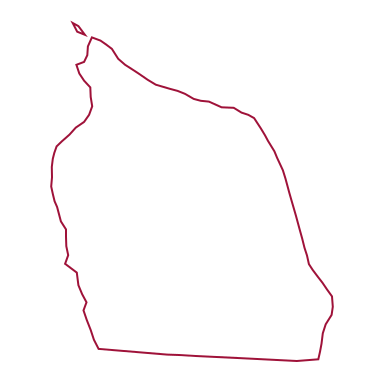 the district of Abaiara, Ceará, Brazil
{"feature_id": "56859067B4829762701290", "entity_name": "Abaiara", "entity_type": "district", "adm_level": 2, "iso_a3": "BRA", "parent_name": "Brazil", "parent_adm1": "Ceará", "projection": "albers", "projection_center": [-39.042, -7.344], "detail": "fine", "context": "isolated", "style": "outline", "palette": "rose", "viewbox_px": 384, "rotation_deg": 0, "n_neighbors": 0, "source": "geoboundaries", "source_scale": "gbopen_adm2", "svg_char_len": 1245}
<svg xmlns="http://www.w3.org/2000/svg" viewBox="0 0 384 384"><path d="M318.3,359.3L320.0,351.8L321.5,343.8L322.8,333.3L325.7,324.3L331.6,314.9L332.8,306.8L332.0,296.4L326.9,289.3L322.5,282.8L317.7,276.6L312.6,269.8L308.9,264.1L307.0,255.5L304.5,247.8L302.2,238.6L299.7,229.6L295.9,215.6L293.7,208.0L291.4,200.1L289.2,192.4L287.4,185.7L285.5,178.7L282.9,170.3L277.0,157.6L274.4,151.3L268.0,140.9L265.0,135.3L260.9,128.5L254.1,118.1L248.2,114.8L241.5,112.6L233.7,107.8L221.6,107.3L208.9,101.6L200.8,100.8L193.7,98.9L184.9,93.8L177.6,90.9L169.8,88.8L155.8,84.7L147.7,79.8L138.4,73.4L131.5,68.9L125.1,64.8L118.2,58.8L111.9,48.9L106.5,44.8L100.5,40.6L91.9,37.4L87.9,46.4L87.3,55.2L84.1,61.9L76.4,64.8L79.3,73.5L84.1,80.7L90.3,87.4L90.7,97.0L92.2,106.3L89.1,114.8L84.1,121.9L75.8,127.6L69.5,134.6L61.9,141.3L56.6,146.4L54.3,152.9L52.8,158.8L51.8,166.9L52.0,177.3L51.2,186.5L52.8,193.9L54.6,201.3L57.1,207.0L60.9,221.4L66.0,229.4L66.0,236.7L66.3,246.2L68.2,255.2L65.1,263.8L76.8,272.6L78.4,285.2L82.1,294.1L86.5,302.3L83.5,310.4L86.7,319.8L90.7,330.0L93.9,339.7L98.6,348.9L167.2,354.6L178.9,355.0L195.7,356.0L241.5,358.2L296.8,361.0L318.3,359.3ZM84.9,34.8L78.4,26.1L72.7,23.0L77.2,31.7L84.9,34.8Z" fill="none" stroke="#9f1239" stroke-width="2"/></svg>